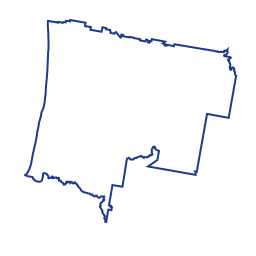 the district of Harvey, Western Australia, Australia, rotated 10°
{"feature_id": "25037944B91209319772795", "entity_name": "Harvey", "entity_type": "district", "adm_level": 2, "iso_a3": "AUS", "parent_name": "Australia", "parent_adm1": "Western Australia", "projection": "robinson", "projection_center": [115.844, -33.15], "detail": "fine", "context": "isolated", "style": "outline", "palette": "blue", "viewbox_px": 256, "rotation_deg": 10, "n_neighbors": 0, "source": "geoboundaries", "source_scale": "gbopen_adm2", "svg_char_len": 5703}
<svg xmlns="http://www.w3.org/2000/svg" viewBox="0 0 256 256"><g transform="rotate(10 128 128)"><path d="M215.2,40.6L214.3,40.4L212.9,40.5L212.0,40.3L210.6,40.5L210.2,40.3L210.0,40.0L210.0,39.7L210.3,39.4L211.3,39.3L212.1,38.2L212.6,37.7L212.8,37.4L212.9,36.8L212.9,35.6L212.8,35.2L212.2,34.6L212.3,33.6L212.0,34.0L211.4,34.5L210.9,35.1L210.3,35.0L210.0,35.2L209.6,35.1L209.4,35.4L209.4,35.6L209.6,36.2L209.5,36.6L208.6,36.8L208.4,36.7L208.3,36.8L207.4,36.6L207.0,36.6L206.8,36.8L205.8,36.9L204.8,37.4L204.4,37.3L204.2,37.3L203.8,37.2L203.3,37.2L203.1,37.3L202.5,37.2L202.1,37.0L201.7,37.2L201.5,37.4L200.6,37.1L199.8,37.1L159.1,37.5L159.1,39.4L151.6,39.2L151.6,40.3L149.5,40.3L149.5,38.6L147.7,38.6L148.3,38.0L148.6,37.0L149.2,36.5L137.9,36.4L136.0,36.3L136.0,38.6L134.3,38.6L134.3,40.2L133.0,40.3L133.0,39.7L132.6,38.6L131.6,37.8L131.2,37.7L130.6,37.7L130.3,38.0L130.3,39.7L124.7,39.7L124.7,38.5L118.5,38.4L118.4,38.1L116.1,38.0L113.8,38.0L113.8,38.5L107.1,38.5L107.1,37.2L105.2,37.2L105.2,40.2L104.8,40.2L99.5,35.6L98.3,36.6L98.3,37.4L94.4,37.5L94.2,36.3L93.8,35.7L93.4,34.6L89.1,34.6L89.1,33.4L85.3,33.3L85.3,37.8L73.9,37.8L73.9,35.1L67.9,35.1L67.9,31.7L52.3,31.7L52.5,33.0L48.3,33.1L48.2,34.8L47.4,34.7L46.8,34.9L45.8,35.0L45.7,35.6L45.4,35.8L43.8,35.8L43.1,35.5L41.8,35.7L40.5,35.7L40.7,36.4L30.6,36.4L30.8,38.5L31.4,41.7L33.0,48.3L33.8,52.7L34.5,55.3L36.0,64.1L36.1,66.4L38.7,86.2L39.5,94.5L40.0,101.0L40.9,108.5L41.0,110.4L41.0,111.6L41.4,116.0L41.4,120.2L41.3,122.7L40.1,127.6L40.2,131.5L39.4,138.8L39.6,141.1L39.5,143.4L39.5,144.5L39.3,146.2L39.4,147.7L39.3,149.3L39.5,150.6L39.5,155.8L39.4,159.8L39.0,166.1L39.0,168.2L38.8,169.5L38.8,178.8L38.7,180.7L38.2,184.8L37.8,186.3L37.0,188.7L36.1,190.9L35.5,192.1L35.2,192.3L34.9,192.2L34.9,192.3L35.3,192.5L35.6,192.3L36.5,192.4L37.1,192.9L42.3,192.9L43.0,193.5L43.8,194.9L44.3,195.2L44.7,195.1L45.5,195.8L46.2,196.1L47.4,196.4L48.5,196.3L49.7,196.4L50.5,196.2L51.3,195.8L51.9,195.1L52.2,194.6L52.4,193.2L52.5,191.4L52.8,190.4L52.3,188.6L52.3,187.9L52.8,187.2L53.1,187.0L53.6,187.0L54.9,187.2L55.6,187.2L55.9,187.3L56.4,187.8L56.7,188.4L58.0,189.2L58.2,189.7L58.1,190.9L58.2,191.1L58.6,191.2L59.3,191.1L60.4,190.5L61.2,190.4L61.4,190.1L61.4,189.3L61.5,189.0L61.9,188.9L62.3,188.9L62.4,189.0L62.6,189.3L62.4,190.1L62.7,190.4L63.0,190.5L63.5,190.3L64.2,189.7L65.3,189.3L66.1,189.2L66.5,189.8L67.0,190.0L67.8,189.7L68.0,189.2L68.3,189.1L68.7,189.3L69.0,190.1L69.1,190.7L69.0,191.5L69.1,191.8L69.3,191.9L71.0,191.7L71.7,192.8L73.4,193.3L74.5,194.8L75.1,194.4L75.4,194.7L75.6,194.6L75.9,194.2L76.0,193.8L76.6,193.5L76.6,192.8L76.9,192.7L76.5,192.0L76.9,191.7L77.5,191.5L77.7,191.3L78.8,191.6L78.9,191.3L79.0,191.2L79.3,191.4L79.7,191.4L79.7,191.7L79.8,191.8L80.3,191.5L80.6,191.1L80.9,191.2L81.1,191.2L81.1,191.3L81.4,190.9L82.1,191.0L82.5,191.3L82.4,191.7L83.0,191.8L83.5,192.1L83.9,191.7L84.6,191.6L84.9,191.1L85.2,191.5L85.6,191.1L86.0,191.6L86.5,191.8L86.8,191.8L87.5,192.5L88.0,192.8L88.0,193.4L88.1,193.5L88.8,193.9L89.2,194.0L90.0,195.1L90.6,195.5L91.4,195.8L92.2,197.0L93.1,197.9L93.6,198.2L94.1,198.4L94.8,198.4L95.0,198.5L95.2,198.9L95.3,199.0L96.8,198.9L98.1,199.1L98.8,199.0L99.8,199.4L101.9,199.3L102.5,199.6L102.7,200.0L103.2,200.2L104.4,199.7L105.5,200.8L106.6,201.3L107.0,201.2L107.6,200.4L107.9,200.4L108.4,200.1L108.8,200.1L109.6,200.6L109.7,200.9L110.4,201.6L110.8,201.7L111.7,201.7L112.1,201.5L112.8,200.6L113.2,200.2L113.9,200.1L114.4,199.8L115.2,199.9L116.4,199.5L116.6,199.7L116.6,200.3L116.1,202.0L116.3,202.4L117.0,202.6L117.0,203.0L116.8,203.7L115.8,204.1L115.6,204.5L115.5,205.2L115.1,205.9L114.4,206.3L114.1,206.7L114.0,207.4L114.1,207.9L114.1,208.3L114.3,208.8L114.5,208.9L114.7,209.1L114.6,209.3L114.1,209.7L114.0,210.2L114.2,210.7L115.6,212.1L115.9,212.6L117.2,214.1L117.2,214.4L117.1,214.6L117.2,215.0L117.5,215.7L118.5,216.6L118.9,217.4L119.2,217.7L119.9,217.9L120.1,218.1L120.6,219.2L120.5,219.9L120.2,220.7L120.3,221.1L121.0,221.6L121.5,222.3L121.9,223.5L121.9,224.2L121.9,224.3L122.7,224.3L122.8,224.3L122.8,211.8L125.9,211.8L125.9,208.7L124.6,208.7L124.6,207.6L122.7,207.6L122.6,186.9L132.7,186.8L132.3,158.4L132.5,158.1L133.2,158.0L134.0,157.2L134.2,157.4L134.9,157.8L135.6,158.5L135.9,158.5L136.6,158.2L137.1,158.5L137.4,158.3L138.1,158.3L138.5,158.0L138.7,157.8L139.1,157.6L139.4,156.9L139.6,156.6L140.4,156.2L140.8,156.3L141.5,156.1L141.8,155.9L142.2,155.1L143.4,154.5L144.6,154.1L145.2,153.4L145.4,153.4L145.9,153.4L146.5,153.3L146.8,153.9L147.3,154.1L147.7,154.4L148.0,154.5L148.4,154.2L148.9,154.6L149.2,153.9L149.4,153.8L150.9,153.5L151.8,153.6L152.3,153.5L152.9,152.4L153.0,152.3L153.3,152.3L153.4,152.2L153.6,151.8L153.9,151.9L154.0,151.6L154.2,151.3L154.2,151.0L154.3,150.8L154.8,150.8L155.2,151.1L155.4,151.0L155.7,150.8L155.7,150.7L156.1,150.6L156.6,149.7L156.6,149.4L156.1,149.0L155.9,148.5L155.7,148.2L155.7,147.6L155.4,146.4L155.4,146.1L155.1,145.6L155.1,144.8L155.8,143.8L155.9,142.6L156.2,142.0L156.5,141.8L157.0,141.8L158.2,142.4L158.3,142.6L158.2,143.1L158.2,143.4L158.6,143.9L158.9,144.2L161.0,144.9L162.5,145.2L162.5,154.4L154.4,162.4L202.6,162.4L202.5,162.2L202.4,160.5L201.6,159.2L203.3,159.2L203.4,100.4L225.4,100.5L225.4,57.9L224.5,57.2L223.8,56.1L223.8,55.6L223.9,55.1L223.8,54.6L223.6,54.3L223.3,54.2L223.1,54.0L222.2,52.2L222.2,51.6L222.4,51.4L222.1,50.7L221.4,50.4L220.2,50.2L219.6,50.7L219.8,51.7L219.6,52.7L219.2,52.9L218.8,52.9L218.4,52.5L217.6,50.5L217.7,50.0L217.6,49.3L217.9,48.5L217.7,47.6L217.0,46.4L216.8,46.4L216.6,46.2L216.4,45.5L216.4,45.2L216.1,44.7L215.9,44.5L215.5,44.5L215.2,44.3L214.7,43.7L214.8,43.5L214.8,43.2L215.1,43.2L215.7,42.8L215.8,42.4L216.4,41.7L216.9,41.3L217.0,41.0L216.8,40.6L216.5,40.5L215.2,40.6Z" fill="none" stroke="#1e3a8a" stroke-width="2"/></g></svg>